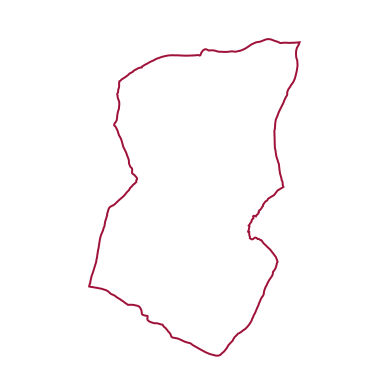 Mogolo, Gash Barka, Eritrea (Mercator projection), rotated 276°
{"feature_id": "51966322B23811751067849", "entity_name": "Mogolo", "entity_type": "district", "adm_level": 2, "iso_a3": "ERI", "parent_name": "Eritrea", "parent_adm1": "Gash Barka", "projection": "mercator", "projection_center": [37.74, 15.325], "detail": "fine", "context": "isolated", "style": "outline", "palette": "rose", "viewbox_px": 384, "rotation_deg": 276, "n_neighbors": 0, "source": "geoboundaries", "source_scale": "gbopen_adm2", "svg_char_len": 6021}
<svg xmlns="http://www.w3.org/2000/svg" viewBox="0 0 384 384"><g transform="rotate(276 192 192)"><path d="M249.9,107.8L249.7,108.3L248.9,109.2L245.5,111.4L240.9,113.4L238.0,115.5L235.8,116.6L231.7,118.2L229.8,118.9L224.3,122.4L221.7,123.6L217.6,125.7L216.9,125.9L213.8,126.4L213.3,126.6L210.7,128.0L209.3,129.7L209.0,129.9L207.9,130.2L205.2,130.3L204.5,130.5L204.1,130.9L202.9,132.9L202.1,133.8L200.3,135.7L199.4,136.0L198.8,135.9L198.1,135.5L196.7,135.4L196.3,135.6L195.7,135.2L194.0,133.8L193.7,133.3L192.5,132.3L191.1,131.5L190.0,130.4L189.5,130.0L188.9,129.7L188.1,129.6L186.1,128.2L185.5,127.6L181.5,125.0L179.7,123.5L175.7,119.7L174.6,118.9L174.3,118.5L171.6,116.3L170.6,115.1L169.1,112.7L168.5,112.0L167.9,111.5L166.8,111.0L165.1,110.6L163.6,110.4L162.9,110.1L161.7,110.0L160.7,109.9L160.2,110.1L157.9,109.6L155.7,109.3L154.8,108.9L151.3,108.6L149.1,108.5L148.0,108.3L147.1,107.9L144.5,107.5L139.9,106.1L138.9,105.9L135.8,105.4L128.7,105.0L126.7,105.0L124.1,104.6L123.0,104.6L118.9,104.4L116.4,104.4L115.5,104.1L112.4,104.0L107.9,103.1L102.2,102.0L97.7,100.9L92.7,100.3L90.9,100.3L89.7,99.9L87.3,99.6L87.2,100.7L87.0,101.8L87.0,103.8L86.8,105.9L86.8,107.1L86.7,108.1L86.5,109.8L86.3,112.5L85.9,114.0L85.4,116.7L84.8,118.2L84.0,119.5L82.2,122.0L81.4,124.5L80.8,126.0L78.9,129.2L78.6,130.0L78.0,131.4L77.2,132.6L76.3,134.6L75.2,136.3L73.1,140.1L73.1,140.7L73.3,141.4L73.5,143.4L73.6,145.0L73.5,146.5L73.4,147.1L73.3,148.4L73.0,150.2L72.6,151.2L72.4,151.6L71.4,152.6L70.3,153.3L68.9,154.1L67.8,154.4L66.3,154.7L65.1,155.2L64.7,155.8L64.3,157.5L64.2,158.3L64.1,160.4L64.0,160.7L63.6,160.9L61.5,160.8L60.8,160.9L60.3,161.1L60.0,161.4L59.2,162.3L58.5,163.8L57.6,167.7L57.5,168.4L57.7,169.5L57.8,171.0L57.4,173.4L57.0,175.2L57.1,175.8L57.0,176.4L56.6,176.9L55.4,177.8L54.6,178.8L54.2,179.6L53.3,180.6L52.7,181.1L52.1,181.9L51.0,182.7L49.6,184.4L48.7,185.2L46.4,186.4L45.8,186.8L45.3,187.5L44.9,191.5L44.9,192.2L44.9,192.7L44.0,195.8L42.4,200.4L42.2,201.3L41.8,203.2L41.6,205.1L41.4,206.0L41.1,206.8L39.9,208.6L39.3,210.0L36.4,216.6L34.0,222.4L32.6,227.1L32.2,230.3L31.8,231.9L31.9,232.5L31.8,234.0L32.0,235.1L32.6,236.7L33.3,237.5L34.5,238.4L35.6,239.5L36.9,240.7L37.8,241.2L38.4,241.7L41.2,243.3L43.1,244.0L45.9,246.0L46.7,246.7L48.6,248.1L49.9,248.4L50.8,249.0L51.9,249.4L52.4,249.8L54.1,251.2L54.9,251.9L55.2,252.0L55.7,252.4L56.1,252.8L56.4,253.5L57.9,255.5L59.6,257.1L60.3,258.0L62.0,259.9L62.7,260.3L63.8,261.2L65.3,262.2L66.2,262.7L67.4,263.4L70.3,264.7L70.8,264.8L71.8,265.0L73.3,265.6L75.8,266.3L78.3,267.4L82.5,268.6L86.7,270.0L88.6,270.4L90.6,271.1L92.6,271.6L94.9,272.6L96.3,273.5L97.5,273.9L98.2,274.0L99.6,274.0L101.7,274.2L103.2,274.6L104.9,275.0L106.8,275.9L108.9,276.5L113.0,278.2L116.3,280.1L117.3,280.5L118.2,280.8L119.0,280.9L121.0,280.9L121.4,281.1L122.6,282.0L124.9,283.0L125.6,283.2L128.3,283.7L130.2,283.9L131.6,284.4L136.1,282.2L142.6,276.1L148.7,268.3L151.2,266.2L151.2,265.5L152.2,263.5L152.1,262.2L152.9,261.3L153.3,260.1L153.1,259.1L151.9,258.0L151.3,257.2L151.2,256.0L151.8,255.1L152.1,254.4L152.6,254.4L153.6,254.2L154.8,253.6L157.3,253.1L157.7,253.2L158.2,253.1L158.1,252.2L158.7,251.9L160.4,252.5L161.9,252.5L163.1,252.7L163.9,252.7L164.4,251.9L164.8,252.1L166.2,252.9L166.8,253.1L168.8,254.3L169.6,254.2L170.6,254.5L171.6,255.1L172.1,255.8L173.0,255.7L173.6,255.4L174.2,255.3L174.7,255.7L174.8,257.7L174.5,258.1L175.9,258.7L176.4,259.3L177.5,260.1L178.6,260.6L178.9,260.3L179.3,260.3L180.9,260.9L181.5,261.9L182.8,262.5L183.6,263.0L184.5,263.3L185.3,264.0L186.0,264.1L186.7,264.0L189.2,265.4L190.0,265.9L190.7,266.6L191.1,267.3L192.0,267.9L193.2,268.4L194.2,269.5L197.6,274.0L202.4,276.9L206.6,282.4L208.1,281.7L209.0,281.4L210.4,281.2L211.7,280.9L212.4,280.5L213.1,280.0L213.7,279.8L215.2,279.4L218.2,278.2L219.3,277.7L221.1,277.2L224.5,276.4L228.8,275.5L231.5,274.2L232.9,273.7L234.7,272.8L237.4,271.8L242.8,270.5L244.1,269.9L249.6,269.1L254.5,268.5L257.8,268.0L259.2,267.9L260.0,267.6L261.2,267.6L264.0,267.8L269.7,267.6L272.8,267.8L276.6,269.0L279.6,269.7L282.3,270.6L288.4,272.9L290.9,273.8L292.1,274.0L296.4,275.5L297.9,276.3L298.7,276.5L301.1,276.3L303.2,276.7L304.6,277.3L307.5,278.9L309.0,279.5L311.1,280.8L313.0,281.6L315.8,282.5L317.8,282.8L323.1,283.5L327.1,283.7L328.4,283.8L332.9,283.1L333.9,282.9L335.6,282.1L337.2,281.5L340.0,281.0L343.3,280.8L346.4,281.3L349.6,282.7L351.4,283.2L352.2,283.3L351.9,282.4L351.6,281.1L351.5,279.8L351.0,277.3L350.9,275.9L350.5,273.7L350.5,273.1L350.4,272.2L350.2,268.4L349.9,267.0L349.7,266.2L349.4,264.4L349.5,263.8L349.9,262.8L350.3,261.7L350.9,258.7L351.7,255.6L352.0,254.5L352.1,253.4L351.9,251.1L351.6,249.9L348.8,244.4L348.3,242.9L347.7,240.6L347.4,239.8L345.0,235.7L342.3,232.6L340.6,230.5L339.3,228.5L337.8,225.8L337.0,223.6L336.7,222.4L336.1,220.9L336.0,220.3L336.1,218.5L336.0,217.0L335.9,216.1L335.5,214.3L335.1,212.9L334.7,209.7L334.6,207.1L334.4,205.4L334.4,202.8L334.8,201.0L335.1,199.0L335.0,197.1L334.8,195.2L334.5,194.2L334.5,193.7L335.1,192.3L335.3,191.5L335.4,190.3L334.4,188.5L332.3,187.1L331.7,186.8L330.1,186.4L328.8,185.9L328.5,185.2L328.7,184.7L328.8,183.5L328.2,180.7L327.0,172.4L326.6,167.1L326.5,163.9L326.3,162.3L325.8,156.8L325.2,153.7L324.3,150.9L323.3,148.1L321.9,145.1L321.5,144.6L321.2,143.5L319.8,141.3L318.6,139.6L317.8,138.1L317.2,137.1L315.8,135.1L315.2,134.4L313.7,132.0L311.6,129.3L311.4,129.2L310.8,129.1L310.5,128.9L310.5,128.0L309.4,125.4L308.1,123.8L308.0,123.4L307.4,122.5L306.0,120.9L305.2,120.4L303.5,117.8L303.1,117.3L301.9,116.4L300.1,114.6L297.7,111.7L296.6,110.2L295.3,109.3L294.7,108.6L294.5,108.2L293.9,108.1L291.0,108.3L289.5,108.5L288.4,108.5L287.8,108.4L287.4,108.2L286.0,108.0L284.8,108.0L283.3,108.0L282.7,107.7L281.9,107.4L281.4,107.4L280.9,107.5L279.8,108.0L278.6,108.1L277.6,108.5L274.5,110.0L273.4,110.3L270.7,110.6L269.4,110.5L268.4,110.6L267.5,110.6L266.9,110.6L265.9,110.3L264.7,110.1L261.5,109.7L256.8,109.7L255.6,109.6L254.6,109.3L254.1,109.0L253.4,108.7L252.3,108.0L251.4,107.6L250.5,107.6L250.1,107.7L249.9,107.8Z" fill="none" stroke="#9f1239" stroke-width="2"/></g></svg>